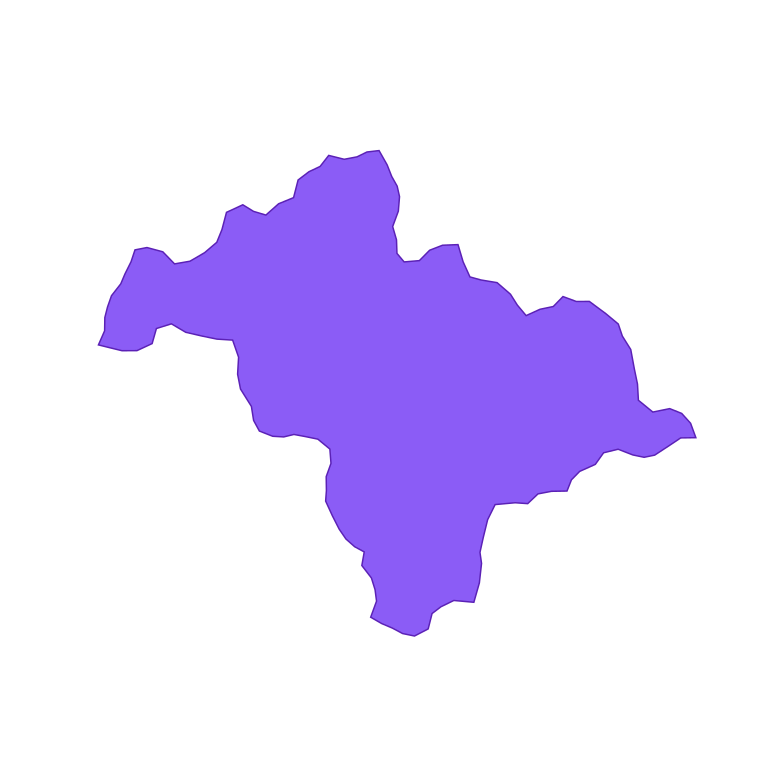 Patrocínio do Muriaé, Minas Gerais, Brazil (Albers equal-area conic projection), rotated 38°
{"feature_id": "56859067B72452830054870", "entity_name": "Patrocínio do Muriaé", "entity_type": "district", "adm_level": 2, "iso_a3": "BRA", "parent_name": "Brazil", "parent_adm1": "Minas Gerais", "projection": "albers", "projection_center": [-42.255, -21.171], "detail": "fine", "context": "isolated", "style": "filled", "palette": "violet", "viewbox_px": 768, "rotation_deg": 38, "n_neighbors": 0, "source": "geoboundaries", "source_scale": "gbopen_adm2", "svg_char_len": 1778}
<svg xmlns="http://www.w3.org/2000/svg" viewBox="0 0 768 768"><g transform="rotate(38 384 384)"><path d="M563.2,563.8L569.6,549.8L563.2,535.3L566.0,524.5L572.3,511.6L589.2,500.7L581.6,482.0L571.3,465.3L563.3,457.6L556.7,443.8L549.2,427.1L545.8,410.6L560.5,396.8L570.9,389.8L573.0,375.8L582.1,365.4L594.1,355.7L590.7,344.1L592.0,332.4L600.0,317.2L599.4,303.0L608.6,291.3L623.8,286.7L634.1,281.6L641.1,273.4L647.0,256.0L651.0,243.8L662.8,234.3L649.8,226.2L636.7,223.9L624.3,227.5L613.1,240.6L594.5,240.2L583.8,228.0L572.0,218.0L557.2,204.9L542.3,199.5L531.7,192.5L515.5,192.0L495.0,192.5L484.7,200.6L471.2,204.9L469.7,218.7L460.9,229.1L453.9,242.6L440.4,239.7L428.4,235.4L410.7,234.5L396.2,242.4L385.8,246.7L371.1,239.0L356.5,228.6L344.7,238.6L337.6,250.5L335.9,265.0L324.7,275.4L313.8,273.1L305.1,262.7L293.9,254.6L288.9,239.0L280.9,226.8L272.6,220.0L262.3,215.7L251.6,209.4L236.4,203.1L227.7,211.7L222.9,221.6L214.3,231.4L199.7,237.9L199.7,251.9L194.2,262.8L190.7,276.1L198.0,292.8L190.0,306.8L186.9,323.6L174.9,328.3L162.4,329.7L154.2,345.7L161.2,362.0L165.0,375.3L161.8,390.9L155.5,406.7L145.0,418.3L128.3,416.0L113.2,422.4L105.2,431.6L109.4,443.4L112.1,456.7L114.9,467.1L114.9,482.2L118.7,493.5L123.1,503.5L131.1,514.1L134.9,529.0L145.0,524.5L157.0,519.1L168.8,509.8L176.4,494.9L170.5,480.4L179.4,467.5L196.0,465.3L211.2,458.2L224.7,451.5L237.7,442.6L252.9,452.4L262.6,466.4L274.0,476.3L293.3,483.3L303.7,493.0L314.8,497.8L328.5,493.7L337.6,487.4L344.1,479.2L354.5,473.8L365.8,468.2L381.4,468.6L391.1,479.2L395.5,492.6L404.2,503.4L410.1,512.2L424.6,519.7L438.1,526.0L449.5,529.6L461.1,530.3L471.8,528.5L478.3,540.7L493.5,544.6L503.6,551.6L511.8,559.7L517.1,576.0L529.7,574.2L540.9,571.2L552.3,569.2L563.2,563.8Z" fill="#8b5cf6" stroke="#5b21b6" stroke-width="1.5"/></g></svg>